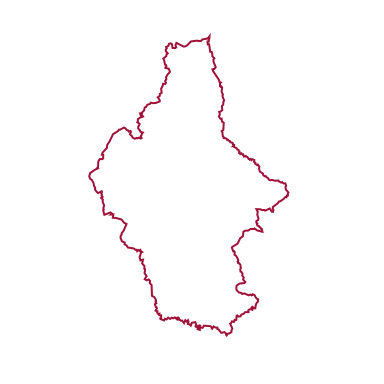 the district of Aguililla, Michoacán, Mexico, rotated 338°
{"feature_id": "50627088B97864813450570", "entity_name": "Aguililla", "entity_type": "district", "adm_level": 2, "iso_a3": "MEX", "parent_name": "Mexico", "parent_adm1": "Michoacán", "projection": "albers", "projection_center": [-102.767, 18.779], "detail": "fine", "context": "isolated", "style": "outline", "palette": "rose", "viewbox_px": 384, "rotation_deg": 338, "n_neighbors": 0, "source": "geoboundaries", "source_scale": "gbopen_adm2", "svg_char_len": 6086}
<svg xmlns="http://www.w3.org/2000/svg" viewBox="0 0 384 384"><g transform="rotate(338 192 192)"><path d="M281.8,219.0L280.0,218.3L279.3,216.6L278.1,216.6L276.5,214.6L276.5,213.8L273.1,212.6L270.6,210.7L269.0,210.4L268.1,209.7L267.5,207.2L266.6,206.3L266.3,204.8L265.4,204.7L264.4,203.2L264.7,201.6L262.5,198.4L263.0,195.1L264.0,193.8L263.3,191.2L262.5,191.5L261.2,189.5L261.7,188.8L260.8,187.3L261.8,185.8L260.8,184.6L259.9,184.2L259.0,184.6L258.8,183.4L257.9,183.6L258.0,183.1L256.9,182.6L256.5,180.2L255.1,179.2L255.2,178.7L253.5,178.7L253.5,176.3L252.8,176.3L252.4,174.7L251.0,174.9L251.1,174.0L250.3,173.5L251.2,172.2L250.6,171.2L250.8,170.3L250.0,169.6L249.7,168.0L247.9,166.0L248.2,165.1L247.2,164.8L248.6,164.0L247.8,163.2L248.0,161.5L246.1,160.2L246.2,158.9L244.9,157.9L244.9,157.0L244.1,156.8L244.1,155.7L243.4,154.9L241.8,154.0L242.2,153.5L241.4,152.2L242.6,147.8L242.3,146.7L244.3,146.2L247.4,139.6L246.2,137.9L246.9,135.1L245.8,134.8L245.2,132.0L246.9,130.4L247.3,127.9L248.2,128.2L250.8,127.4L251.8,123.6L253.6,122.7L255.1,119.8L256.1,119.3L256.1,115.2L256.4,113.9L257.2,113.3L257.0,110.3L259.1,106.2L258.6,104.9L257.9,105.1L257.6,104.3L258.6,101.9L259.7,101.3L258.7,100.5L259.0,98.1L256.9,88.1L256.9,85.9L259.0,86.2L260.8,85.1L260.7,79.6L261.5,77.2L262.8,76.5L261.7,73.7L262.5,71.9L262.7,69.4L261.4,68.8L263.2,61.5L261.9,61.1L262.7,58.3L264.0,58.7L264.5,56.9L265.4,56.5L266.6,54.1L264.8,55.2L262.6,55.3L258.9,54.4L257.1,55.3L254.5,54.5L253.5,53.6L247.4,52.0L242.7,54.1L240.4,54.5L238.7,54.0L233.4,47.9L231.6,49.8L231.5,51.9L230.5,52.3L227.9,51.1L228.8,47.4L227.9,46.1L226.2,46.0L224.8,47.7L222.3,47.8L222.5,49.3L221.0,50.1L220.5,51.5L221.4,54.4L220.0,54.7L219.1,56.4L215.3,57.6L215.5,59.8L214.7,63.7L215.4,64.6L215.5,65.6L214.9,66.5L214.0,66.5L213.8,67.0L216.6,69.0L216.6,72.4L213.4,73.9L210.9,75.9L210.5,77.8L208.6,79.1L208.8,80.8L207.8,81.8L205.7,80.8L204.5,82.7L202.1,84.6L201.0,88.7L198.9,89.0L198.1,90.8L195.7,91.4L196.5,94.5L196.0,95.9L191.9,95.9L189.0,95.0L187.3,93.7L186.0,94.6L183.3,94.4L181.3,95.9L179.8,95.9L178.1,98.5L176.1,99.2L175.3,100.1L173.3,99.6L173.2,101.8L174.5,102.0L174.9,103.7L171.7,103.6L169.1,104.2L168.3,106.2L167.4,106.8L168.9,109.0L168.6,109.8L166.6,111.3L165.9,113.0L166.9,115.6L166.7,116.8L168.7,118.5L167.3,119.2L166.9,120.0L165.2,121.3L165.5,123.0L164.4,123.2L163.0,121.7L161.4,121.8L160.9,121.1L159.0,121.2L158.3,120.5L157.2,119.1L157.4,118.1L156.1,115.2L158.0,113.4L157.8,112.4L156.0,112.3L155.7,110.8L154.6,109.9L154.2,108.2L153.1,106.8L148.5,107.3L147.7,106.8L146.2,107.8L140.5,108.8L134.3,114.4L131.0,116.6L129.6,119.2L123.9,122.0L122.4,123.7L123.6,124.3L122.2,127.6L121.1,127.9L118.9,126.9L116.6,128.5L114.2,133.8L113.4,134.1L113.7,134.8L110.3,135.0L104.7,136.3L102.6,138.9L102.5,141.5L103.7,143.5L104.0,146.7L103.4,150.3L103.9,151.6L103.0,153.3L103.7,156.3L104.6,157.8L108.6,157.5L108.5,158.3L107.8,158.4L107.3,159.4L107.6,160.7L106.9,161.2L106.8,162.3L107.2,163.1L105.5,163.5L106.5,165.6L105.5,167.5L105.5,171.5L103.6,174.0L103.6,175.3L102.8,175.7L102.2,180.3L108.7,180.4L109.8,182.2L108.5,182.6L110.7,183.4L108.9,186.2L111.9,187.7L116.4,191.1L117.5,195.0L119.3,197.1L114.2,202.2L111.3,203.9L110.9,205.0L109.3,206.1L108.5,208.0L108.6,211.5L110.7,213.6L109.9,215.3L111.3,217.0L111.8,219.5L116.8,222.5L118.1,224.6L119.0,224.8L119.0,226.4L120.7,225.8L121.2,226.7L122.3,226.4L122.0,228.0L122.8,228.1L123.3,229.0L122.1,229.1L119.0,232.8L118.6,236.1L121.2,236.4L119.0,239.6L120.2,242.9L119.0,245.3L119.5,246.0L119.1,247.1L117.6,249.4L118.4,253.0L115.5,255.1L116.9,256.9L119.1,256.9L119.8,258.8L118.7,260.6L119.7,263.1L116.0,273.3L117.6,275.2L118.1,278.4L117.6,280.2L117.2,280.0L117.0,280.6L117.2,281.7L115.5,282.1L115.4,285.2L115.9,285.5L115.9,286.7L113.8,288.4L115.3,289.7L114.5,290.9L115.0,292.4L116.2,292.6L115.5,294.0L117.2,294.8L116.1,297.3L115.2,297.3L115.1,297.9L118.0,300.6L119.4,299.4L120.7,300.6L122.8,299.5L124.1,301.5L126.2,301.0L127.2,302.1L129.1,301.8L130.0,303.7L131.1,303.0L132.2,303.2L132.5,303.9L130.9,304.4L130.8,305.0L132.6,305.5L133.3,307.0L134.7,307.5L135.5,310.6L137.8,308.3L138.7,310.4L140.3,309.4L140.3,310.6L138.8,312.9L140.2,313.8L140.8,315.4L142.9,313.2L146.3,313.9L146.3,316.4L144.9,318.0L145.9,319.2L147.6,318.4L149.1,318.5L149.5,319.0L148.0,320.5L146.2,320.5L145.8,321.3L147.6,322.8L148.2,321.2L149.4,321.0L151.0,321.9L153.0,320.4L158.8,323.3L159.5,324.7L159.2,325.6L159.5,326.3L161.7,324.8L162.8,326.3L164.7,327.3L164.2,328.6L165.1,329.3L166.3,333.5L169.7,334.2L170.5,335.8L170.1,337.3L170.4,338.0L171.9,336.8L173.8,337.1L176.1,336.7L176.5,335.5L178.3,333.6L178.0,328.4L179.3,328.1L180.6,326.9L182.1,328.2L183.6,326.6L184.3,327.3L185.1,327.2L187.1,323.4L187.8,323.4L188.3,324.8L190.3,325.5L191.8,324.2L194.3,324.3L196.1,323.3L199.4,324.5L199.8,322.9L201.0,322.4L202.6,322.6L203.8,323.9L204.5,322.9L203.9,321.6L204.9,321.0L206.2,323.2L207.1,323.6L208.7,320.8L210.3,319.1L211.8,318.5L212.9,316.8L213.1,316.3L212.5,316.0L211.5,313.3L211.5,311.5L210.7,310.1L210.0,309.6L209.4,310.1L208.9,309.7L208.4,310.0L207.8,309.1L205.8,309.0L202.7,305.8L200.3,305.3L200.1,304.2L197.9,302.8L196.6,299.7L197.1,297.5L198.4,295.5L201.8,294.7L206.5,296.1L207.7,295.4L206.6,292.4L207.9,290.6L207.3,288.3L208.3,286.6L207.8,284.5L207.2,284.0L207.7,281.8L208.7,281.0L209.6,277.7L209.3,276.5L208.1,275.1L208.1,274.6L208.7,274.5L208.4,273.4L209.2,272.9L209.4,271.1L208.9,267.6L207.9,266.0L209.1,263.9L208.9,262.7L208.0,262.5L208.1,258.6L208.6,258.0L214.9,257.0L219.4,252.9L222.7,252.0L224.8,248.1L226.7,247.8L229.7,248.8L232.5,248.2L235.5,249.5L236.3,249.2L237.9,251.9L242.4,255.3L242.9,252.5L242.3,252.1L242.2,250.5L241.4,249.9L241.4,249.0L240.1,247.6L240.0,246.7L240.8,245.7L240.2,245.1L240.6,243.2L242.9,242.7L243.7,241.4L244.0,237.5L245.5,235.2L245.3,232.0L249.0,233.7L250.4,235.2L252.3,235.7L252.8,236.7L257.9,236.4L258.7,240.2L259.8,240.7L260.8,239.0L260.6,237.8L261.4,236.2L266.9,234.7L269.2,233.4L270.1,233.7L274.3,232.8L276.3,231.7L277.1,231.6L277.6,232.2L278.5,231.0L279.2,231.4L279.8,231.0L280.0,229.7L281.2,228.6L279.9,224.9L280.6,222.3L281.6,221.6L281.8,219.0Z" fill="none" stroke="#9f1239" stroke-width="2"/></g></svg>